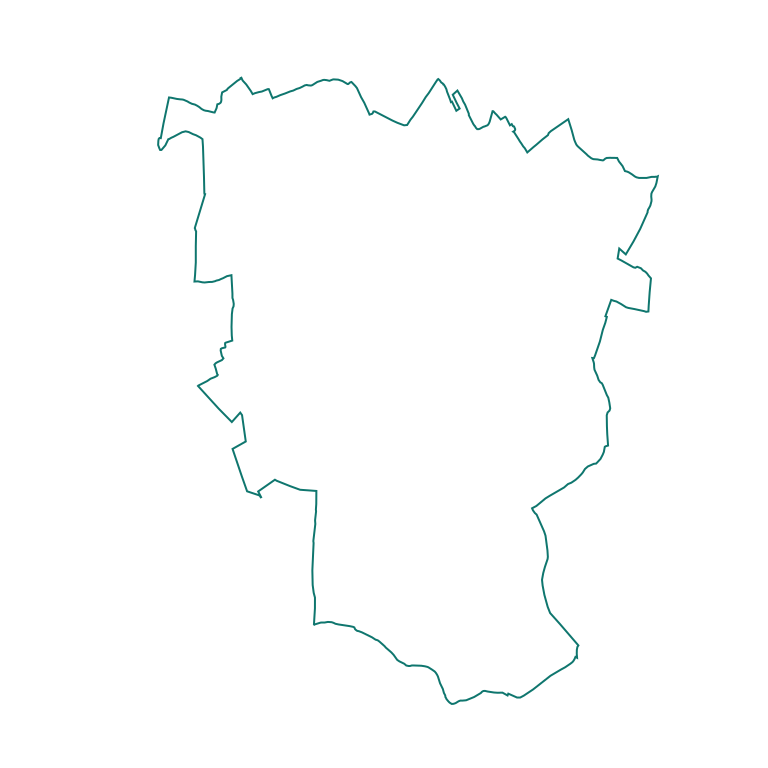 outline of Sauca, Satu Mare, Romania, rotated 277°
{"feature_id": "2599482B69932192644712", "entity_name": "Sauca", "entity_type": "district", "adm_level": 2, "iso_a3": "ROU", "parent_name": "Romania", "parent_adm1": "Satu Mare", "projection": "equal_earth", "projection_center": [22.498, 47.458], "detail": "fine", "context": "isolated", "style": "outline", "palette": "teal", "viewbox_px": 768, "rotation_deg": 277, "n_neighbors": 0, "source": "geoboundaries", "source_scale": "gbopen_adm2", "svg_char_len": 6134}
<svg xmlns="http://www.w3.org/2000/svg" viewBox="0 0 768 768"><g transform="rotate(277 384 384)"><path d="M623.5,630.4L623.0,629.6L622.8,628.1L622.6,627.7L622.2,624.4L620.5,619.4L619.6,612.1L619.9,609.5L620.2,608.6L620.6,607.6L622.3,604.6L624.0,601.0L624.5,599.1L624.7,597.2L629.4,594.2L633.5,590.1L636.8,587.9L636.0,580.4L635.5,577.5L634.6,576.1L632.9,574.6L632.6,574.0L632.7,571.0L632.9,568.8L632.7,564.3L633.3,562.3L635.6,558.4L636.6,557.2L642.7,548.5L643.8,547.0L645.1,545.7L647.9,544.0L649.8,543.0L658.7,539.4L669.3,534.6L655.3,518.8L653.1,516.9L651.0,516.4L646.1,511.5L640.0,506.0L637.4,503.5L631.3,498.0L635.2,495.0L636.8,493.2L639.6,490.9L641.2,489.4L643.4,487.7L649.8,482.4L650.2,481.5L651.3,482.8L652.2,483.2L653.1,483.1L655.3,481.8L655.6,481.4L655.5,480.8L655.7,480.4L657.5,479.1L656.1,477.5L662.3,473.4L663.6,472.4L664.0,471.7L660.8,467.6L665.1,462.8L666.1,461.4L668.0,459.3L668.0,458.5L657.2,456.9L655.2,456.3L654.1,455.7L653.4,455.2L651.7,452.1L651.5,451.4L649.0,448.0L648.5,447.0L648.3,445.5L649.3,444.2L651.3,442.6L651.4,442.3L653.0,440.9L661.2,435.4L662.5,435.3L671.2,430.4L674.1,428.2L677.1,426.5L684.2,421.1L679.5,417.0L672.1,421.7L666.6,425.5L664.0,422.5L672.5,417.1L671.9,416.1L674.3,415.0L681.9,410.9L684.2,410.0L686.5,408.5L688.5,406.9L688.5,406.4L689.3,405.9L690.3,404.0L692.1,402.4L693.3,400.7L692.8,400.1L689.9,398.6L678.3,393.0L673.8,390.4L667.7,387.6L657.6,382.5L652.7,380.0L649.6,378.1L643.9,375.4L643.2,372.4L644.9,365.4L646.5,360.3L653.4,341.7L653.2,340.3L651.5,339.8L650.7,339.2L649.6,336.8L651.1,336.0L660.8,330.1L665.9,326.3L674.4,321.1L676.2,319.3L679.8,314.9L679.3,313.7L677.5,312.1L677.3,311.7L677.3,311.2L679.6,305.9L680.5,301.5L680.2,296.8L679.9,295.9L678.3,292.9L678.6,290.1L678.6,287.6L678.3,286.4L677.3,284.5L675.7,281.0L671.9,276.4L671.3,275.1L671.2,272.2L671.4,270.9L670.7,268.9L669.3,267.0L667.5,264.2L666.2,261.3L664.2,258.2L663.0,255.3L660.3,250.4L658.0,245.7L655.9,242.2L655.0,240.1L654.0,238.7L656.2,237.3L662.6,233.8L662.6,233.0L662.3,232.3L659.4,227.1L658.5,224.3L656.9,220.4L655.7,218.3L658.6,216.1L664.5,210.8L668.0,206.7L670.6,205.1L670.1,204.3L669.4,204.4L666.9,201.3L658.5,193.2L657.3,192.4L656.7,192.2L653.7,187.8L649.4,187.5L646.1,188.0L644.2,187.9L643.1,187.4L642.0,186.2L641.3,184.5L637.4,184.2L632.8,182.8L632.8,181.5L633.5,175.9L633.5,173.7L633.8,171.8L634.8,169.3L636.3,167.0L637.4,164.7L638.3,162.3L638.7,159.2L639.6,156.5L640.5,154.5L641.7,150.4L641.8,149.0L641.7,147.0L641.7,143.7L642.2,138.0L642.2,135.7L615.8,133.4L600.8,132.5L600.8,131.2L599.7,130.5L597.8,130.4L593.7,130.7L590.4,132.4L589.0,133.3L589.2,134.6L594.2,137.9L600.7,140.1L600.9,140.8L602.5,142.9L603.7,144.9L609.3,152.9L610.6,156.3L610.3,159.4L608.7,164.0L608.0,167.1L606.2,171.7L604.9,174.0L597.6,175.4L567.5,180.1L551.7,182.4L550.9,182.6L550.7,183.3L515.7,177.2L515.3,177.5L513.5,178.2L512.7,178.9L497.9,180.4L481.6,182.4L468.9,183.2L462.6,183.4L463.2,186.8L462.8,191.4L462.9,193.6L463.9,197.8L464.4,201.0L465.5,203.9L466.2,205.0L467.1,207.5L468.5,209.7L469.3,211.2L471.9,215.0L473.4,219.3L455.5,222.5L450.9,223.1L449.0,224.0L445.2,225.1L442.7,225.2L440.5,224.5L434.8,224.5L422.1,225.7L413.6,227.0L408.6,228.1L405.7,221.8L405.2,221.3L403.5,221.5L402.2,222.0L401.4,222.1L400.9,221.9L399.8,218.9L399.0,217.8L397.3,217.8L392.8,219.4L392.2,219.6L389.9,221.5L388.0,220.2L385.1,215.6L384.0,214.3L382.5,213.3L378.8,215.1L373.5,217.2L372.8,217.9L371.9,217.5L370.2,215.1L368.1,211.2L365.4,208.2L359.8,199.9L359.4,199.6L339.4,222.9L327.7,237.6L338.1,244.8L335.8,246.9L310.1,253.8L301.1,241.6L275.3,254.0L260.8,261.2L258.3,273.6L257.9,274.3L256.5,275.5L256.7,275.8L262.0,272.2L275.7,287.4L274.9,289.2L271.2,303.2L268.8,313.6L269.6,329.9L256.6,331.4L251.0,331.7L249.4,332.1L240.3,332.2L236.7,332.9L219.5,333.0L217.6,333.5L190.3,335.6L175.8,337.7L168.1,339.7L163.6,341.5L152.8,342.8L136.6,343.8L136.1,343.5L137.0,344.7L139.5,350.3L140.0,354.1L141.0,357.3L141.2,361.1L140.8,363.0L140.1,365.0L139.8,368.2L139.5,379.4L139.2,382.9L138.8,384.2L137.1,385.2L136.4,386.2L135.7,387.5L135.6,389.1L134.8,392.4L131.1,403.0L129.2,406.8L129.1,407.7L128.8,409.1L127.7,411.0L123.9,416.5L122.6,417.9L118.5,424.0L116.3,426.6L111.8,430.7L110.6,433.0L108.8,438.2L107.3,440.4L107.1,442.8L107.3,444.2L108.0,445.9L108.2,447.2L108.9,455.3L108.8,459.0L108.5,461.5L108.2,462.6L106.3,466.6L104.8,469.4L103.7,470.6L101.9,472.1L100.2,473.2L93.8,476.1L88.4,479.6L84.7,481.1L82.4,482.7L80.6,483.2L79.8,483.9L78.9,484.4L76.9,486.5L75.8,487.9L74.7,490.2L75.0,491.8L75.5,493.0L76.1,494.1L78.2,496.7L79.1,498.4L79.3,500.4L80.1,504.1L84.3,511.6L89.1,517.8L90.4,518.7L91.4,520.0L91.7,521.6L91.4,524.3L91.2,530.7L91.4,534.4L92.1,539.2L89.9,544.6L91.8,545.1L89.0,554.3L89.4,557.4L91.7,560.7L99.0,569.2L114.7,584.8L122.1,594.4L124.9,598.3L129.1,603.1L130.9,604.9L132.3,605.8L134.1,606.6L136.5,607.3L135.8,609.0L139.7,608.2L143.7,607.8L146.6,608.0L148.2,608.8L167.2,587.9L176.9,576.8L182.8,573.6L194.2,568.9L203.3,566.0L208.9,564.7L215.8,565.1L221.9,566.0L230.2,567.7L232.4,567.7L238.8,566.5L253.1,562.8L257.3,560.8L273.0,551.4L274.3,549.5L276.7,547.3L278.7,546.1L281.5,550.1L290.1,558.2L293.3,562.2L303.2,575.3L307.1,578.8L308.9,582.0L312.2,585.8L314.8,588.1L318.5,590.9L320.4,592.1L324.1,593.8L327.0,596.4L330.3,601.9L330.9,604.3L336.0,608.0L340.5,609.7L343.4,610.5L348.5,610.8L349.1,611.4L350.2,613.9L361.4,611.7L369.3,610.4L380.1,608.9L383.0,609.4L385.1,611.1L387.4,611.5L393.1,609.9L397.7,608.3L400.2,606.5L410.0,601.1L411.4,600.0L412.0,598.5L414.2,596.5L418.3,594.6L423.8,591.2L426.0,590.6L429.6,590.0L431.1,589.5L435.2,587.6L435.2,589.2L438.0,590.0L452.5,593.1L464.4,594.6L471.7,596.2L477.8,597.0L478.2,595.5L495.2,599.3L494.6,601.8L494.2,604.7L492.2,609.7L489.7,614.9L489.3,617.1L488.9,623.5L488.0,633.4L487.6,635.3L488.2,637.6L493.7,637.2L507.3,636.5L521.4,636.1L523.9,633.3L525.7,631.7L527.2,629.8L528.3,627.2L530.2,624.9L531.2,621.0L530.0,619.3L530.2,617.4L535.6,604.4L537.0,600.6L547.1,601.0L542.1,608.2L556.0,614.3L569.2,619.4L586.5,624.7L587.7,624.6L589.4,624.9L591.4,625.8L593.6,626.6L598.0,627.2L599.5,627.1L602.6,626.4L605.5,626.2L607.3,626.7L613.1,629.2L616.7,629.9L623.5,630.4Z" fill="none" stroke="#0f766e" stroke-width="2"/></g></svg>